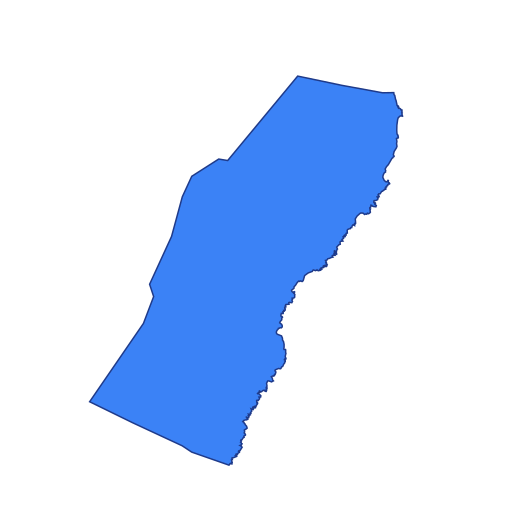 Hamahamet-Mboinkou, Andjazîdja, Comoros (orthographic projection), rotated 24°
{"feature_id": "10938185B70444296254874", "entity_name": "Hamahamet-Mboinkou", "entity_type": "district", "adm_level": 2, "iso_a3": "COM", "parent_name": "Comoros", "parent_adm1": "Andjazîdja", "projection": "orthographic", "projection_center": [43.406, -11.482], "detail": "fine", "context": "isolated", "style": "filled", "palette": "blue", "viewbox_px": 512, "rotation_deg": 24, "n_neighbors": 0, "source": "geoboundaries", "source_scale": "gbopen_adm2", "svg_char_len": 6125}
<svg xmlns="http://www.w3.org/2000/svg" viewBox="0 0 512 512"><g transform="rotate(24 256 256)"><path d="M317.0,458.0L316.4,457.9L316.7,456.3L318.4,455.8L317.7,454.9L318.4,454.6L318.0,453.9L317.6,453.8L316.5,452.1L317.2,451.6L316.3,450.7L316.3,450.0L317.2,449.7L319.9,446.9L319.9,446.7L318.6,446.7L319.1,446.1L318.3,445.3L318.7,444.9L319.5,445.1L319.8,444.6L319.5,444.0L320.7,442.1L320.7,441.7L319.4,441.5L319.4,441.2L320.6,440.0L321.1,436.3L319.9,435.9L319.8,435.6L318.4,435.6L319.6,434.1L319.6,433.2L318.9,433.2L318.3,432.4L317.7,432.4L317.9,431.0L317.1,430.7L317.1,430.1L317.9,429.5L318.2,427.4L318.9,426.5L318.2,425.6L318.3,425.2L319.1,424.2L319.2,423.7L318.2,422.8L317.6,422.8L317.1,422.3L317.2,421.3L316.1,419.8L316.4,419.2L317.2,418.5L317.3,417.8L317.9,417.1L317.9,416.8L316.6,415.3L314.8,414.5L314.2,413.8L313.4,413.7L312.6,412.8L311.3,412.7L311.7,411.2L313.3,409.8L314.1,409.5L314.9,408.4L312.9,407.4L312.8,407.1L314.6,407.1L315.0,406.7L314.7,406.2L315.0,405.7L313.9,404.9L314.5,404.4L313.5,403.6L314.8,403.4L314.4,403.1L315.3,402.5L315.4,401.7L314.7,401.4L315.2,399.5L314.8,399.2L314.7,398.5L313.7,397.6L315.8,397.5L315.9,396.4L314.6,395.9L314.6,395.2L315.2,394.8L316.5,395.1L317.1,395.0L317.3,394.7L317.0,394.3L315.7,394.5L315.7,394.0L317.3,392.9L317.1,392.3L317.5,390.2L317.3,389.8L316.7,389.8L316.9,389.3L316.5,389.0L316.0,389.0L315.3,387.7L315.8,387.2L316.8,387.1L317.3,385.0L317.0,384.4L316.1,383.7L317.6,383.0L317.3,381.7L314.4,380.5L314.1,380.5L313.8,381.1L313.3,380.9L313.9,379.7L314.9,378.9L313.9,378.2L314.0,377.9L315.8,378.1L316.3,377.7L316.9,376.2L317.7,375.5L318.1,375.3L318.5,375.7L319.1,375.1L319.7,375.8L320.4,375.6L320.4,374.6L319.4,373.0L320.0,372.7L319.5,371.7L318.8,371.7L319.0,370.4L317.4,368.0L317.5,365.5L318.4,364.9L321.4,364.7L322.7,363.0L321.6,362.5L320.6,361.0L319.1,360.1L319.8,359.0L320.6,358.8L320.7,358.2L321.5,357.9L321.5,357.4L321.1,357.2L321.1,356.6L321.7,356.1L321.4,354.0L320.9,353.5L320.0,353.2L319.9,352.2L322.3,349.6L324.0,349.2L324.5,348.7L324.5,346.9L325.3,346.1L325.3,343.5L325.7,342.0L325.3,341.2L325.7,340.6L325.0,339.2L324.3,339.4L324.0,339.0L324.1,338.4L325.2,337.8L324.9,337.1L324.4,337.1L323.5,335.7L322.9,332.6L322.4,332.3L321.3,329.7L321.0,329.4L319.7,330.0L319.1,329.4L318.8,328.0L317.6,325.3L315.8,322.8L314.6,322.2L313.5,320.2L311.8,318.6L307.2,318.8L306.1,318.2L305.5,317.2L305.4,315.6L306.0,313.7L305.9,313.0L306.5,312.7L307.1,311.8L308.4,311.3L308.8,310.1L308.3,309.0L307.3,308.0L304.8,307.4L304.8,306.0L305.5,303.8L304.8,302.3L305.1,301.1L304.5,300.7L303.6,301.0L302.8,299.9L302.5,298.1L304.1,297.7L304.2,297.4L303.7,296.3L303.3,296.3L303.2,296.0L304.2,295.0L303.5,294.4L304.6,293.8L304.3,292.4L303.8,292.4L303.2,291.6L303.2,291.1L304.0,290.4L303.6,289.7L303.2,290.0L303.0,289.7L303.0,288.2L305.8,286.6L304.9,285.3L305.2,284.8L307.7,284.1L307.8,282.6L306.7,281.7L307.0,280.6L306.2,279.9L307.7,278.9L308.1,277.8L307.4,276.5L307.3,275.6L306.9,275.2L305.4,274.6L305.4,274.1L306.0,273.8L305.9,273.1L305.5,273.0L304.4,274.1L304.0,274.1L302.9,273.6L302.4,272.8L303.8,270.1L303.3,268.6L304.0,266.7L304.4,263.7L305.1,261.7L305.4,261.4L306.2,261.5L306.9,260.6L308.5,260.6L308.9,260.0L309.1,259.0L308.4,254.1L309.9,251.4L310.7,250.1L313.7,247.2L313.8,245.8L314.1,245.4L316.3,245.2L316.8,244.5L317.2,244.4L317.4,243.8L318.8,244.2L320.7,242.8L319.7,242.2L320.0,241.8L321.5,241.3L321.3,240.9L320.4,241.1L320.3,240.4L322.5,239.0L322.6,238.5L322.3,238.1L321.6,238.1L321.6,237.6L322.4,237.5L322.4,236.8L322.7,236.6L323.1,237.5L324.5,237.1L324.8,236.3L324.7,235.9L323.8,236.0L323.7,235.7L324.4,234.9L323.7,234.5L323.5,234.1L322.7,234.0L322.4,233.7L322.8,233.1L321.3,231.8L322.4,231.0L322.7,229.3L324.2,228.2L325.0,227.1L326.7,225.7L325.8,225.3L325.5,224.7L325.8,224.2L327.8,223.3L327.2,223.0L327.4,222.5L327.1,222.2L326.3,222.3L326.2,221.4L326.8,221.2L328.2,221.8L328.9,221.6L328.5,220.7L326.5,220.4L325.5,219.7L325.6,219.3L327.7,219.5L327.3,217.1L327.6,216.5L326.1,215.1L327.1,212.1L328.2,211.0L327.2,209.3L327.1,208.8L327.5,208.1L329.3,207.0L327.9,206.2L327.9,205.7L328.7,204.6L328.8,204.1L327.7,203.1L328.0,202.7L328.9,202.6L329.5,202.2L329.5,201.8L328.2,201.4L328.3,200.9L329.8,200.2L329.1,198.7L330.1,197.9L328.9,195.6L328.9,194.6L329.9,193.4L331.1,192.6L330.9,191.6L331.9,191.1L331.6,189.3L332.1,188.0L333.7,188.1L333.5,187.7L332.6,187.5L333.5,186.8L333.7,186.0L333.0,185.9L333.4,185.0L331.6,181.7L332.1,178.4L333.7,174.8L334.3,174.1L336.3,173.3L338.3,173.9L338.9,173.1L340.2,172.8L340.3,171.6L341.7,171.6L342.5,170.2L342.7,169.5L341.4,167.5L341.5,166.5L340.7,166.5L340.3,165.4L340.8,164.9L340.8,163.8L340.3,162.9L341.1,162.6L342.0,163.1L343.2,163.0L345.5,162.3L345.4,160.9L343.3,160.3L343.1,159.9L343.7,159.3L343.5,159.0L342.3,158.9L342.0,159.2L341.7,159.0L341.3,157.6L341.4,157.3L342.7,156.7L344.2,155.1L343.9,153.2L343.2,153.2L342.6,152.7L344.4,151.7L343.9,151.1L342.7,150.7L342.6,150.3L343.0,150.0L342.8,149.5L342.9,149.2L344.1,148.7L344.5,146.0L345.4,145.2L345.5,144.4L346.3,143.5L346.3,143.0L347.4,142.2L347.1,141.5L346.5,141.3L346.9,140.7L346.6,140.1L347.2,139.7L346.9,139.0L347.7,138.0L347.3,137.4L347.8,136.4L348.7,135.9L348.7,135.5L347.8,134.9L347.0,134.9L346.6,134.5L346.2,133.2L345.8,133.2L345.6,134.6L344.7,135.4L342.4,134.8L339.8,132.5L339.3,130.5L339.3,128.1L340.2,126.6L339.8,126.0L339.8,125.3L338.6,124.0L338.9,121.2L339.7,118.8L340.5,111.4L341.0,110.8L340.9,110.2L341.6,109.1L341.6,108.6L340.5,107.9L340.2,107.3L339.7,104.3L340.3,100.2L340.2,98.5L338.6,96.0L338.2,94.2L336.5,91.5L337.9,90.3L337.9,90.0L337.3,89.5L337.3,88.9L336.6,88.3L336.6,87.9L335.7,87.6L334.9,86.7L333.5,84.0L331.5,79.2L329.9,73.7L329.7,71.8L330.7,69.6L331.7,68.8L332.7,68.9L333.0,68.6L331.4,66.8L331.4,65.8L330.6,65.4L330.5,64.1L330.0,63.8L329.8,63.2L328.8,63.5L328.2,62.8L327.0,62.7L326.3,63.1L325.8,62.8L326.0,62.2L325.5,61.6L325.1,62.1L324.6,61.7L324.6,61.1L323.7,61.1L320.5,56.7L319.9,56.3L317.4,52.8L316.5,52.5L315.4,50.7L305.3,55.4L264.9,65.2L220.9,74.7L191.3,180.3L182.5,182.6L164.9,209.3L164.6,231.9L170.9,272.5L170.3,325.1L179.0,334.7L180.6,363.4L163.3,456.8L211.0,458.5L265.7,459.4L277.0,461.3L317.0,458.0Z" fill="#3b82f6" stroke="#1e3a8a" stroke-width="1.5"/></g></svg>